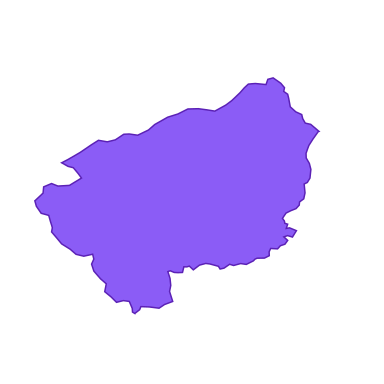 the district of Arakapas, Limassol, Cyprus, rotated 147°
{"feature_id": "46923920B61372906166582", "entity_name": "Arakapas", "entity_type": "district", "adm_level": 2, "iso_a3": "CYP", "parent_name": "Cyprus", "parent_adm1": "Limassol", "projection": "orthographic", "projection_center": [33.105, 34.852], "detail": "fine", "context": "isolated", "style": "filled", "palette": "violet", "viewbox_px": 384, "rotation_deg": 147, "n_neighbors": 0, "source": "geoboundaries", "source_scale": "gbopen_adm2", "svg_char_len": 1918}
<svg xmlns="http://www.w3.org/2000/svg" viewBox="0 0 384 384"><g transform="rotate(147 192 192)"><path d="M52.5,173.7L55.6,184.1L59.5,188.1L59.2,193.2L57.8,197.2L61.3,202.7L63.2,209.9L59.9,217.9L58.5,221.9L60.3,226.4L57.6,229.1L58.3,234.8L61.8,243.5L67.0,245.2L71.4,241.8L79.8,248.5L83.1,250.3L86.0,251.8L91.3,250.9L97.7,249.1L108.8,247.0L116.5,246.5L128.8,247.4L135.0,253.0L141.3,258.4L150.3,263.9L161.3,265.1L171.7,268.0L186.5,268.9L194.8,267.7L206.6,269.2L213.0,274.8L217.8,277.6L227.9,277.5L235.7,280.2L242.3,286.3L250.5,286.4L264.3,286.1L278.3,286.8L285.4,287.5L282.0,281.0L278.3,277.0L277.4,269.4L277.1,263.9L291.2,264.3L301.2,270.0L305.2,275.6L313.6,277.1L317.5,272.2L328.4,270.2L328.6,270.2L330.3,264.8L330.1,256.3L326.1,251.8L324.9,250.4L326.8,244.3L327.9,240.3L328.6,238.1L331.5,235.0L330.5,227.4L329.6,219.5L325.4,210.5L323.2,202.9L317.7,197.1L309.2,193.9L310.9,189.2L315.5,186.2L317.4,179.1L316.0,169.0L313.9,161.7L319.5,155.9L317.0,148.1L315.4,140.6L308.7,138.3L304.2,134.4L305.5,126.9L307.3,123.7L306.1,121.2L306.0,121.3L300.0,121.8L297.3,123.7L290.6,119.0L282.9,112.5L276.3,112.6L267.8,110.7L265.0,120.8L260.7,125.2L257.5,131.5L255.6,138.4L253.2,137.8L250.7,134.2L247.7,132.0L243.8,129.7L242.5,130.9L239.6,133.7L237.1,132.0L234.6,131.3L233.3,126.0L225.6,126.6L219.4,124.6L216.2,121.9L210.3,115.3L210.4,112.1L206.6,110.7L199.8,110.9L197.1,107.7L190.2,105.5L185.9,101.7L178.0,100.8L175.7,101.4L173.4,101.0L167.2,97.1L161.9,96.5L159.9,99.8L156.8,101.8L151.2,97.7L147.1,98.8L142.5,97.6L138.1,99.3L139.4,104.3L135.6,103.4L132.3,99.5L125.5,102.7L129.7,108.8L132.8,110.1L129.3,112.9L131.2,115.2L130.3,117.4L130.5,120.6L127.5,121.9L124.6,123.1L119.3,122.5L113.8,121.4L109.2,122.6L107.2,125.1L102.0,125.4L97.7,129.7L93.6,137.6L90.1,137.2L85.5,139.4L80.0,146.2L78.0,152.1L77.7,158.3L75.3,162.3L71.2,165.5L68.6,167.4L61.8,170.5L53.2,173.9L52.5,173.7Z" fill="#8b5cf6" stroke="#5b21b6" stroke-width="1.5"/></g></svg>